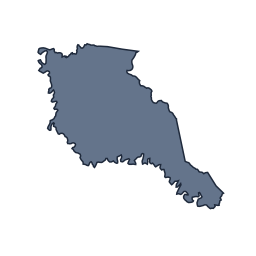 outline of Cândido de Abreu, Paraná, Brazil, rotated 347°
{"feature_id": "56859067B28607618566167", "entity_name": "Cândido de Abreu", "entity_type": "district", "adm_level": 2, "iso_a3": "BRA", "parent_name": "Brazil", "parent_adm1": "Paraná", "projection": "robinson", "projection_center": [-51.26, -24.682], "detail": "fine", "context": "isolated", "style": "filled", "palette": "slate", "viewbox_px": 256, "rotation_deg": 347, "n_neighbors": 0, "source": "geoboundaries", "source_scale": "gbopen_adm2", "svg_char_len": 5774}
<svg xmlns="http://www.w3.org/2000/svg" viewBox="0 0 256 256"><g transform="rotate(347 128 128)"><path d="M55.6,42.3L56.0,44.1L56.5,45.1L58.1,47.0L58.1,48.3L57.9,49.3L57.2,49.9L56.0,50.0L54.0,51.9L55.2,53.3L56.1,53.9L56.8,54.7L57.8,55.5L60.2,54.8L61.2,54.3L62.7,54.3L64.0,55.5L63.9,56.9L62.0,58.2L62.3,59.3L63.3,60.0L63.8,61.0L63.5,62.8L62.9,64.6L63.3,68.0L63.2,69.7L62.7,71.0L61.6,71.8L60.5,71.7L59.5,72.5L59.3,74.0L58.7,74.7L58.3,76.0L59.7,76.5L61.7,75.8L63.1,74.6L64.0,74.2L64.3,75.4L64.4,76.9L63.8,78.0L62.7,79.0L62.6,80.5L62.4,81.6L61.0,82.4L60.1,83.3L59.3,84.6L60.0,85.7L61.6,85.8L63.4,85.7L64.4,86.0L64.6,87.1L63.2,88.4L62.6,89.4L62.1,90.6L61.0,91.3L60.2,92.2L60.6,93.3L62.0,93.4L63.1,93.8L63.7,94.9L61.3,97.1L60.6,98.9L60.2,100.0L59.4,100.5L58.7,101.3L58.0,102.3L55.9,103.0L53.9,103.3L53.2,105.5L52.6,106.4L50.5,108.7L49.6,110.2L50.2,111.5L51.1,112.6L52.2,112.7L52.7,111.8L52.9,110.7L53.3,109.1L54.2,107.7L55.2,106.7L56.7,106.2L57.2,107.0L56.3,107.9L55.9,109.6L57.7,111.0L57.9,112.0L57.6,113.4L58.7,118.0L59.6,118.6L61.1,118.1L62.6,118.3L63.7,119.1L64.4,120.3L64.8,122.2L66.0,123.1L66.5,124.1L66.6,125.5L66.5,126.9L65.6,128.2L65.8,129.6L66.9,129.9L67.7,130.3L69.2,130.4L70.4,130.0L71.6,130.2L72.3,130.7L73.0,131.4L73.1,132.5L72.3,133.7L71.1,134.6L69.7,134.6L68.8,135.5L69.9,136.6L70.1,137.9L70.5,138.7L71.5,140.1L73.6,141.1L75.5,142.8L75.6,144.6L74.6,146.0L74.9,147.4L75.5,149.0L76.5,150.8L76.4,152.1L76.2,153.2L77.1,153.4L78.6,154.2L79.3,154.9L80.0,155.4L81.1,155.7L82.9,153.3L83.8,152.7L84.6,152.7L85.0,153.6L85.2,155.5L85.9,156.7L85.7,157.8L86.5,158.9L87.8,157.6L88.5,156.7L90.1,154.5L91.7,154.6L92.7,155.1L94.4,155.6L95.4,155.5L98.8,154.0L99.6,152.7L100.9,153.0L101.1,154.4L101.6,155.7L102.6,157.0L104.2,157.3L106.4,156.8L107.4,158.5L108.8,159.7L109.9,159.8L110.3,159.0L110.5,157.9L110.4,155.8L111.1,153.7L113.4,153.3L115.3,152.7L115.5,154.2L115.1,155.3L114.5,156.3L113.6,157.2L113.5,159.0L114.8,159.7L115.7,159.6L118.2,158.4L121.9,158.1L122.4,159.1L121.8,159.9L120.5,161.5L120.0,162.5L120.9,163.6L123.5,164.2L124.9,164.3L126.2,164.9L127.3,165.3L127.6,164.2L126.9,161.0L129.0,159.8L129.9,159.1L130.8,158.7L131.7,158.6L132.7,158.8L133.6,158.7L134.4,158.3L134.8,157.4L135.4,156.5L136.6,156.2L137.4,156.9L136.7,159.1L135.7,161.3L134.6,162.9L134.2,164.0L134.1,166.4L135.1,166.3L135.9,165.9L136.8,165.9L138.7,167.6L139.6,165.5L139.8,164.2L140.2,162.9L141.0,162.5L142.4,162.5L141.8,164.7L141.4,165.8L141.7,167.2L142.6,168.1L144.1,167.8L145.4,170.3L145.6,171.3L146.3,172.1L147.1,171.7L150.1,170.7L151.6,171.0L150.9,172.6L150.3,173.5L150.4,174.8L151.4,176.5L152.7,176.2L153.8,176.6L153.7,177.5L153.9,179.8L153.8,181.2L152.8,183.8L153.5,184.7L156.0,184.8L157.8,185.8L157.8,186.8L157.3,187.8L156.6,188.7L156.1,189.7L157.0,191.8L157.8,193.1L159.2,192.4L160.5,191.4L161.6,190.5L162.8,190.6L163.7,190.9L165.2,190.7L163.8,192.6L162.6,193.7L162.1,194.8L161.6,196.4L162.6,196.6L165.2,195.2L166.8,194.0L166.8,195.3L164.5,197.8L161.1,202.1L160.6,203.4L162.5,203.4L164.5,204.6L165.7,204.2L168.1,202.5L169.4,202.6L170.4,203.4L171.4,205.3L171.5,206.6L170.4,206.5L169.7,205.8L168.4,205.5L167.2,206.6L166.6,207.7L166.6,209.2L167.6,211.3L168.2,211.9L168.8,213.0L169.6,213.7L170.4,214.3L172.7,214.6L173.7,214.6L174.8,214.3L175.4,213.7L174.5,212.4L174.6,211.0L175.1,209.9L176.5,210.0L177.7,209.9L179.5,210.2L180.3,210.6L181.2,210.8L182.1,210.0L182.0,208.3L182.2,207.0L183.1,206.9L183.7,208.1L183.9,209.5L184.3,210.7L184.6,211.7L183.7,212.5L180.4,213.2L178.4,216.4L178.2,218.2L178.3,219.8L179.7,220.4L180.8,220.5L184.1,220.4L185.3,220.1L186.8,220.5L187.5,221.1L188.0,222.4L188.8,223.3L189.3,224.2L190.2,225.1L191.7,225.0L193.0,225.5L195.2,224.1L195.2,222.4L198.3,223.7L199.5,223.7L199.6,222.5L200.4,221.5L200.8,220.3L201.3,219.5L202.6,219.1L202.5,217.9L202.0,217.0L202.7,216.1L204.1,215.1L204.9,213.5L206.4,213.0L200.8,204.3L195.6,189.2L193.9,189.0L192.9,189.1L191.6,189.6L190.9,188.6L190.2,187.8L188.2,187.1L187.3,186.5L187.0,185.1L186.1,183.7L184.9,183.4L184.2,182.3L183.2,181.5L182.4,180.6L181.5,179.2L180.5,178.0L180.0,176.6L179.4,175.5L178.0,174.7L177.1,174.1L176.2,173.3L177.0,131.2L177.3,130.0L176.7,129.2L176.2,127.5L175.2,125.2L175.0,124.0L174.1,122.7L172.7,121.9L172.1,120.7L171.9,118.9L171.8,117.4L172.3,115.6L172.2,114.0L171.6,112.6L170.0,112.0L168.6,111.1L167.4,110.2L166.7,108.7L164.4,108.4L163.1,108.8L162.2,109.6L161.3,110.2L159.9,109.8L158.4,108.9L157.7,107.3L157.2,105.7L157.6,103.6L157.4,102.3L158.0,101.5L158.3,99.5L158.6,98.6L159.6,97.5L159.3,96.2L158.6,95.2L157.6,94.0L156.8,93.5L156.0,93.3L154.9,93.4L154.4,92.5L153.5,91.9L152.9,91.0L152.0,90.4L151.1,90.0L149.9,89.7L149.2,87.5L149.4,85.4L150.1,84.6L148.6,82.3L147.6,80.4L146.4,79.1L144.1,78.2L143.4,77.1L141.2,75.7L139.7,74.3L139.5,72.8L140.0,71.7L141.3,72.2L143.4,72.4L144.9,71.8L145.7,71.1L146.4,69.8L146.6,68.9L146.6,67.8L146.4,66.8L146.5,64.6L147.1,62.8L149.5,60.7L151.4,58.6L152.0,57.7L152.6,56.4L153.9,56.2L155.2,55.6L140.1,49.9L126.3,44.1L119.1,42.0L117.4,41.6L116.2,41.5L115.2,40.8L114.1,40.3L113.5,39.5L110.4,38.9L109.6,38.1L108.4,37.6L107.1,36.7L105.8,37.6L104.6,37.2L103.1,39.1L101.8,39.9L100.3,39.5L99.8,38.3L98.9,37.1L98.7,36.1L97.9,35.6L96.9,36.8L96.5,38.3L96.6,39.4L95.4,40.9L95.5,42.0L94.3,44.1L93.3,44.1L92.2,43.4L90.6,43.3L90.7,42.2L89.5,42.3L88.4,43.4L87.3,43.7L86.1,44.8L84.9,45.3L83.9,44.3L83.5,45.3L82.7,44.5L82.5,43.6L81.0,43.7L79.8,44.0L80.1,42.7L80.4,41.6L80.2,40.5L79.1,39.6L77.6,39.1L76.3,39.2L75.1,38.3L74.0,38.2L73.4,36.4L73.8,35.0L73.4,33.9L71.9,33.9L70.5,34.2L68.9,34.1L65.6,31.8L63.7,30.9L61.9,30.6L60.1,30.5L59.0,30.9L57.4,33.9L57.9,35.1L59.4,36.6L60.3,36.1L61.2,35.4L64.3,34.2L66.1,34.4L66.6,35.6L66.3,36.6L64.5,39.1L64.0,40.3L63.7,42.5L63.1,44.8L62.6,46.4L61.2,47.3L60.0,46.3L58.7,44.7L58.0,41.9L56.6,41.9L55.6,42.3Z" fill="#64748b" stroke="#1e293b" stroke-width="1.5"/></g></svg>